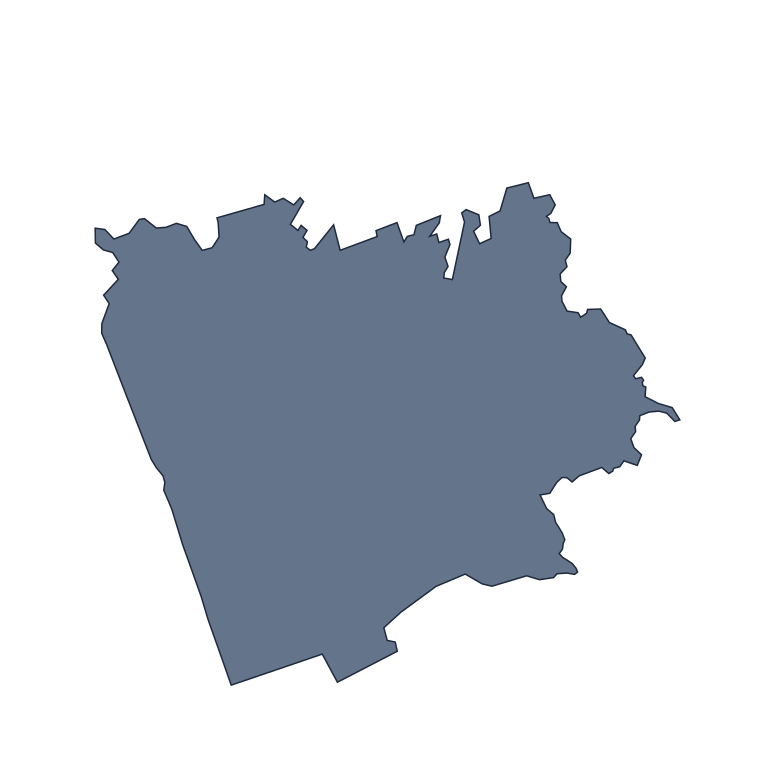 Farish, Jizzakh, Uzbekistan (Robinson projection), rotated 247°
{"feature_id": "79887680B52998751839701", "entity_name": "Farish", "entity_type": "district", "adm_level": 2, "iso_a3": "UZB", "parent_name": "Uzbekistan", "parent_adm1": "Jizzakh", "projection": "robinson", "projection_center": [67.349, 40.658], "detail": "fine", "context": "isolated", "style": "filled", "palette": "slate", "viewbox_px": 768, "rotation_deg": 247, "n_neighbors": 0, "source": "geoboundaries", "source_scale": "gbopen_adm2", "svg_char_len": 2451}
<svg xmlns="http://www.w3.org/2000/svg" viewBox="0 0 768 768"><g transform="rotate(247 384 384)"><path d="M139.5,464.5L141.7,469.2L138.5,478.5L134.3,485.0L135.2,488.7L139.2,488.8L145.2,487.1L149.3,484.4L154.4,480.8L159.4,479.0L162.3,483.8L167.2,486.7L170.1,489.6L177.1,489.8L183.1,489.0L189.5,487.9L197.4,489.2L205.8,485.0L220.9,484.3L218.6,493.9L225.9,504.5L228.4,511.3L226.3,515.7L220.3,518.9L223.2,527.6L222.1,551.8L213.7,556.0L214.4,560.5L216.7,562.4L215.7,568.7L219.5,574.8L210.1,585.3L218.2,593.4L227.8,589.2L237.3,589.8L241.8,597.0L246.9,598.6L251.0,605.1L254.9,607.1L254.6,617.1L251.6,626.4L246.7,632.9L235.9,637.1L235.4,642.3L249.6,640.1L259.0,628.8L270.3,619.4L278.9,623.8L281.3,621.6L284.8,622.5L286.0,624.4L289.5,623.7L290.5,617.8L294.1,616.8L300.8,629.3L305.8,634.6L332.7,630.6L335.2,627.3L339.5,627.4L352.5,615.5L368.4,612.7L373.1,600.5L370.0,598.2L368.6,591.1L373.8,590.5L379.6,581.0L390.7,580.2L395.8,581.9L402.2,589.9L409.4,586.8L416.5,589.2L420.5,598.3L427.2,599.3L431.7,606.5L444.5,612.5L455.0,606.6L464.8,606.5L467.8,599.9L472.1,600.4L474.9,599.0L475.9,604.3L482.0,611.6L493.5,610.5L496.4,594.6L512.9,595.5L516.4,573.7L498.0,558.5L497.2,546.2L476.1,539.5L475.8,526.8L489.6,526.2L492.5,534.8L502.7,537.4L512.5,527.7L511.1,522.4L501.6,521.4L453.4,487.7L458.3,480.4L463.0,483.1L467.2,488.9L477.0,489.6L486.6,499.2L492.1,499.8L492.8,489.8L501.5,491.2L502.1,483.8L510.7,497.8L516.9,501.8L517.4,475.7L509.7,469.9L510.8,463.2L507.0,457.8L527.5,459.0L528.3,436.6L522.4,435.3L524.2,395.9L550.2,399.8L535.7,372.8L535.9,368.4L540.3,365.9L544.9,369.1L550.6,366.7L555.5,373.2L562.4,369.7L559.0,364.8L567.5,360.2L583.4,381.3L588.2,379.6L584.1,370.9L594.3,363.8L594.2,354.5L604.8,348.2L596.2,343.8L602.2,295.2L597.4,294.4L583.7,289.6L576.6,279.1L578.0,268.9L591.1,266.0L606.1,264.0L613.0,255.7L613.4,244.6L616.6,235.3L629.9,228.1L631.1,223.1L622.3,208.2L623.0,192.0L635.3,187.4L640.3,179.0L626.5,173.4L617.0,178.1L611.1,185.6L599.8,187.7L594.6,178.2L584.2,180.3L575.3,160.6L565.4,162.5L549.9,147.9L541.1,144.0L538.9,144.0L528.3,144.1L478.9,142.5L418.8,140.7L405.5,140.3L395.6,141.8L385.8,144.7L379.0,143.8L372.4,139.8L360.8,139.8L351.2,139.7L314.9,135.9L301.0,135.1L260.2,132.7L235.5,130.0L193.0,127.4L166.5,125.7L159.5,221.6L127.7,224.6L132.8,291.8L142.1,293.5L146.7,286.8L159.7,288.6L167.4,310.5L177.4,352.9L177.3,384.5L161.6,396.3L155.7,404.3L151.7,440.4L143.1,450.7L139.5,464.5Z" fill="#64748b" stroke="#1e293b" stroke-width="1.5"/></g></svg>